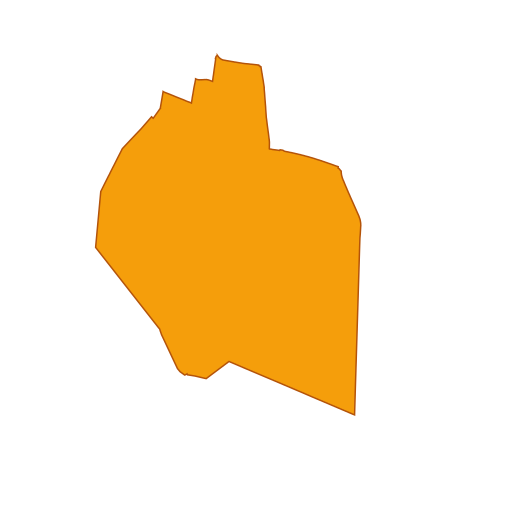 Lelystad, Flevoland, Netherlands, rotated 226°
{"feature_id": "6326949B53575024953728", "entity_name": "Lelystad", "entity_type": "district", "adm_level": 2, "iso_a3": "NLD", "parent_name": "Netherlands", "parent_adm1": "Flevoland", "projection": "robinson", "projection_center": [5.465, 52.539], "detail": "fine", "context": "isolated", "style": "filled", "palette": "amber", "viewbox_px": 512, "rotation_deg": 226, "n_neighbors": 0, "source": "geoboundaries", "source_scale": "gbopen_adm2", "svg_char_len": 4921}
<svg xmlns="http://www.w3.org/2000/svg" viewBox="0 0 512 512"><g transform="rotate(226 256 256)"><path d="M263.1,377.2L263.9,376.8L264.8,376.3L265.8,375.8L266.8,375.3L267.9,374.8L268.9,374.3L269.3,374.1L269.9,373.8L270.7,373.4L271.5,373.0L272.4,372.5L273.2,372.1L274.1,371.7L274.9,371.2L275.8,370.8L276.6,370.4L277.5,369.9L279.2,369.1L280.0,368.6L280.9,368.2L281.7,367.7L282.5,367.3L283.3,366.8L284.2,366.4L285.0,365.9L285.9,365.5L286.7,365.0L287.5,364.6L288.3,364.1L288.7,363.9L289.1,363.6L289.9,363.2L290.8,362.7L291.6,362.2L292.3,361.8L292.6,361.6L293.5,361.0L294.5,360.5L295.3,360.0L296.1,359.5L296.8,359.0L297.6,358.6L298.0,358.3L298.3,358.2L298.8,357.8L299.7,357.2L300.4,356.8L301.0,356.4L302.2,355.6L303.3,354.9L304.5,354.1L305.3,353.6L306.2,353.0L306.8,352.5L308.0,351.7L308.4,351.5L309.6,350.6L311.5,349.3L313.4,348.8L315.7,347.1L315.5,346.3L317.6,344.7L320.6,342.3L321.2,341.8L322.3,341.1L322.9,340.6L323.6,340.0L323.8,340.0L324.7,340.9L325.9,342.1L328.2,344.4L328.9,345.0L329.2,345.3L329.5,345.5L330.0,345.9L330.3,346.2L331.6,347.1L335.3,349.9L339.0,352.6L342.8,355.4L346.5,358.2L348.0,359.3L348.7,359.8L349.5,360.5L351.9,362.5L354.3,364.5L356.7,366.6L358.8,368.3L360.0,369.3L362.2,371.1L364.6,373.1L367.1,375.2L370.8,378.2L370.9,378.4L371.2,378.6L371.4,378.9L371.8,379.1L372.1,379.4L372.5,379.7L372.8,379.9L374.5,381.1L375.1,381.5L376.7,382.7L380.1,385.0L383.2,387.2L383.3,387.2L388.7,391.0L389.3,390.5L389.6,390.7L389.8,390.7L389.9,390.8L390.1,390.7L391.1,390.3L391.4,390.3L391.6,390.5L391.7,390.3L392.3,389.8L392.5,389.8L396.8,386.2L397.4,385.7L397.8,385.3L398.3,384.9L399.0,384.4L402.3,381.5L402.6,381.3L402.9,381.0L403.2,380.8L403.6,380.5L403.8,380.3L404.2,380.0L405.5,379.1L405.8,378.8L407.7,377.4L410.0,375.7L410.2,375.4L410.3,375.3L410.8,375.1L412.3,374.0L414.6,372.3L416.0,371.3L416.8,370.7L417.2,370.4L417.6,370.1L418.5,369.5L419.1,369.0L419.7,368.6L419.9,368.5L420.1,368.3L420.4,368.2L420.6,368.1L420.9,368.0L421.1,367.9L421.4,367.8L421.6,367.7L421.9,367.7L422.1,367.6L422.4,367.5L422.7,367.5L422.9,367.4L423.2,367.4L423.5,367.4L423.8,367.3L424.1,367.3L424.4,367.3L424.8,367.3L425.1,367.3L425.4,367.4L425.7,367.4L426.4,367.5L426.7,367.5L427.3,367.6L427.2,367.5L427.2,367.4L427.3,366.8L427.3,366.6L427.3,366.4L427.3,366.2L427.2,365.7L427.0,365.4L426.9,365.3L426.4,364.6L426.5,364.4L426.2,363.9L425.9,363.9L425.4,363.4L420.4,357.0L416.7,352.3L416.2,351.7L415.6,350.9L415.2,350.4L415.1,350.2L414.7,349.7L412.3,346.7L412.2,346.5L412.0,346.2L411.8,346.0L413.9,345.0L414.9,344.5L415.1,344.4L415.4,344.2L415.6,344.1L415.9,344.0L416.1,343.8L416.3,343.7L416.7,343.4L416.9,343.2L417.1,343.1L417.3,343.0L417.5,342.8L417.6,342.6L417.8,342.4L418.0,342.2L418.4,341.8L420.1,339.8L421.1,338.7L421.4,338.4L421.7,338.1L421.9,337.8L422.2,337.6L422.4,337.4L422.5,337.2L422.9,337.0L423.1,336.8L423.4,336.6L423.7,336.4L424.0,336.2L424.6,336.0L425.1,335.7L425.4,335.6L425.2,335.4L424.9,335.1L424.7,334.8L423.5,333.1L422.7,332.0L422.0,330.9L421.0,329.5L420.7,329.0L420.4,328.6L420.1,328.2L419.9,327.9L417.5,324.7L416.1,322.8L415.9,322.5L414.4,320.4L413.6,319.4L412.6,318.1L411.0,315.9L410.9,315.8L413.3,314.8L413.3,314.7L415.9,313.5L418.6,312.4L421.2,311.2L426.5,308.8L429.1,307.7L430.4,307.1L431.8,306.5L434.4,305.3L437.0,304.1L438.7,303.4L438.8,303.4L433.7,296.5L428.8,289.8L428.7,289.8L428.7,289.7L426.5,277.9L426.5,277.7L428.7,277.6L428.0,269.7L427.3,261.4L427.0,254.1L426.7,247.3L426.1,235.2L426.0,234.2L425.1,231.7L422.8,225.0L419.8,216.5L419.1,214.3L419.0,214.1L418.0,211.2L417.0,208.4L416.4,206.9L416.4,206.7L415.9,205.2L413.2,197.5L410.2,189.1L373.6,146.6L272.2,136.1L270.4,136.0L268.7,135.1L265.0,133.4L229.5,121.3L225.5,121.0L219.9,122.0L219.7,122.4L219.6,122.9L219.3,123.7L219.2,124.0L219.1,124.4L219.1,124.5L218.1,124.2L212.1,128.7L207.0,132.0L203.9,134.0L202.4,135.0L201.4,143.3L201.1,145.6L198.9,163.3L181.6,170.6L159.3,180.1L131.9,191.7L118.4,197.4L115.0,198.8L73.2,216.5L94.1,237.9L128.5,273.2L151.5,296.8L190.7,337.0L196.7,343.2L199.5,346.4L202.9,350.1L204.5,351.8L204.8,352.2L205.1,352.5L205.4,352.8L205.8,353.1L206.1,353.4L206.4,353.7L206.8,354.0L207.1,354.3L207.5,354.5L207.8,354.8L208.3,355.1L208.6,355.3L209.0,355.6L209.4,355.8L209.8,356.1L210.2,356.3L210.6,356.5L211.0,356.7L211.5,356.9L211.9,357.1L212.3,357.3L212.8,357.5L213.2,357.7L213.7,357.9L213.9,358.0L215.1,358.4L215.3,358.5L215.9,358.7L227.4,362.9L232.7,364.8L235.0,365.7L237.3,366.5L239.6,367.4L240.3,367.6L240.7,367.8L241.4,368.1L241.9,368.3L244.1,369.1L246.4,370.0L248.6,370.9L249.6,371.3L250.1,371.4L250.5,371.6L251.0,371.8L251.4,372.0L251.7,372.1L252.1,372.3L252.5,372.5L253.0,372.8L253.4,373.0L253.8,373.2L254.2,373.4L254.6,373.7L255.0,373.9L255.4,374.2L255.7,374.5L256.1,374.7L256.5,375.0L256.8,375.3L257.2,375.6L257.5,375.9L257.8,376.2L258.0,376.3L258.6,376.2L259.0,376.2L259.6,376.3L260.5,376.4L260.8,376.4L261.0,376.4L261.5,376.3L261.8,376.3L262.2,376.1L263.1,377.2Z" fill="#f59e0b" stroke="#b45309" stroke-width="1.5"/></g></svg>